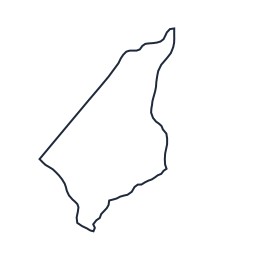 Divisa Alegre, Minas Gerais, Brazil, rotated 226°
{"feature_id": "56859067B20750472426089", "entity_name": "Divisa Alegre", "entity_type": "district", "adm_level": 2, "iso_a3": "BRA", "parent_name": "Brazil", "parent_adm1": "Minas Gerais", "projection": "albers", "projection_center": [-41.381, -15.712], "detail": "fine", "context": "isolated", "style": "outline", "palette": "slate", "viewbox_px": 256, "rotation_deg": 226, "n_neighbors": 0, "source": "geoboundaries", "source_scale": "gbopen_adm2", "svg_char_len": 1321}
<svg xmlns="http://www.w3.org/2000/svg" viewBox="0 0 256 256"><g transform="rotate(226 128 128)"><path d="M167.1,42.8L162.6,42.8L158.8,43.0L154.9,44.1L150.6,45.2L146.6,45.4L141.8,45.4L136.9,44.9L131.9,43.8L128.7,42.3L125.2,40.3L120.5,38.7L115.1,38.4L111.8,38.7L108.4,38.7L105.3,37.2L102.5,33.6L99.3,28.9L95.0,25.6L89.4,26.8L84.3,28.7L80.5,29.7L77.7,31.4L79.2,34.8L82.9,36.1L83.6,41.2L82.9,45.2L84.7,48.9L84.9,53.2L85.1,57.1L86.1,60.5L88.9,64.1L86.8,67.8L85.1,71.0L84.1,74.6L82.3,78.0L80.3,81.3L79.5,86.4L81.0,91.7L80.5,95.7L78.0,98.4L77.1,102.6L75.9,106.3L74.5,109.3L73.8,112.9L73.3,116.6L71.9,120.1L72.5,123.9L71.9,127.4L75.9,129.3L79.9,132.7L83.9,137.1L86.6,141.1L89.2,144.9L93.2,148.8L97.3,151.7L102.7,152.1L106.2,153.5L109.5,153.3L113.2,152.6L117.9,153.0L123.0,155.3L126.0,158.6L127.9,161.3L130.3,164.2L132.6,168.0L135.6,173.1L138.2,176.8L141.3,180.2L144.8,184.7L148.0,189.3L150.4,195.8L151.3,205.2L152.1,210.7L153.4,213.8L155.0,217.1L157.4,220.5L160.2,223.4L163.9,226.9L167.5,230.4L170.0,226.9L169.8,222.4L168.4,218.7L167.2,215.3L167.6,211.6L169.2,208.4L171.5,205.2L174.5,201.6L176.5,198.9L177.1,195.3L176.3,191.1L177.7,188.0L180.3,185.3L182.6,182.8L184.1,179.8L184.0,175.5L183.1,171.3L181.2,166.0L178.4,149.5L177.7,143.0L177.0,136.6L175.2,118.2L167.1,42.8Z" fill="none" stroke="#1e293b" stroke-width="2"/></g></svg>